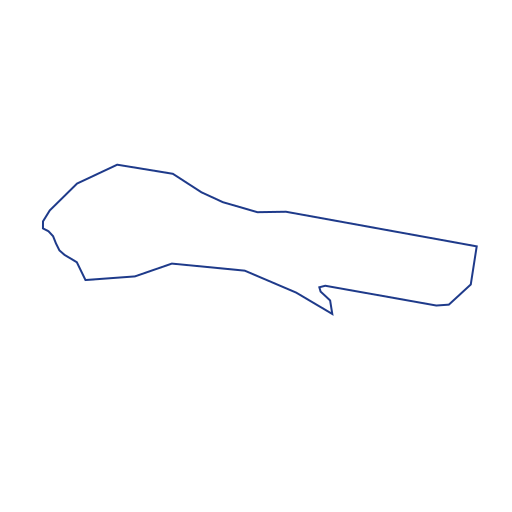 an SVG outline of Lukovica, rotated 16°
{"feature_id": "SVN-966", "entity_name": "Lukovica", "entity_type": "Municipality", "adm_level": 1, "iso_a3": "SVN", "parent_name": "Slovenia", "parent_adm1": "", "projection": "natural_earth1", "projection_center": [14.748, 46.176], "detail": "fine", "context": "isolated", "style": "outline", "palette": "blue", "viewbox_px": 512, "rotation_deg": 16, "n_neighbors": 0, "source": "natural_earth", "source_scale": "10m", "svg_char_len": 525}
<svg xmlns="http://www.w3.org/2000/svg" viewBox="0 0 512 512"><g transform="rotate(16 256 256)"><path d="M245.3,213.5L272.6,205.2L465.5,185.9L470.3,224.2L454.8,249.6L443.0,253.9L330.8,265.5L325.5,268.6L327.9,272.4L339.5,278.3L345.3,290.7L304.6,280.1L249.2,273.2L177.2,286.5L145.2,309.0L98.7,326.1L85.5,311.4L71.6,307.7L65.5,304.8L60.2,299.0L55.5,292.9L49.7,289.4L43.6,288.2L41.7,281.4L45.2,269.0L64.0,235.7L97.4,206.5L153.4,199.9L186.0,209.8L209.3,213.4L245.3,213.5Z" fill="none" stroke="#1e3a8a" stroke-width="2"/></g></svg>